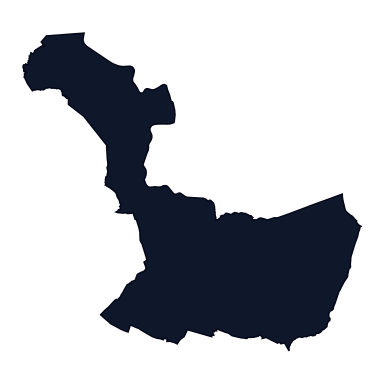 the district of Tingüindín, Michoacán, Mexico
{"feature_id": "50627088B1844549106246", "entity_name": "Tingüindín", "entity_type": "district", "adm_level": 2, "iso_a3": "MEX", "parent_name": "Mexico", "parent_adm1": "Michoacán", "projection": "orthographic", "projection_center": [-102.513, 19.806], "detail": "fine", "context": "isolated", "style": "filled", "palette": "ink", "viewbox_px": 384, "rotation_deg": 0, "n_neighbors": 0, "source": "geoboundaries", "source_scale": "gbopen_adm2", "svg_char_len": 5915}
<svg xmlns="http://www.w3.org/2000/svg" viewBox="0 0 384 384"><path d="M342.3,194.1L312.7,204.9L289.7,213.6L277.8,217.8L276.5,217.9L274.2,217.8L267.4,220.0L263.7,218.7L262.5,218.6L261.3,218.0L259.3,218.3L258.5,218.6L257.0,219.9L253.3,219.9L252.4,219.7L252.1,218.6L252.9,217.5L251.9,216.8L251.1,215.8L249.3,215.6L247.8,214.6L246.3,214.1L245.9,213.6L245.4,213.4L244.9,213.4L244.3,214.0L243.1,213.1L241.7,212.8L240.3,213.0L238.9,213.8L237.4,213.1L236.1,212.8L235.5,212.9L234.8,212.6L234.2,212.7L233.9,213.7L233.3,213.3L232.9,213.4L232.8,213.8L230.8,214.6L228.1,213.6L225.8,213.3L224.0,215.4L223.0,215.3L222.8,215.9L221.7,215.6L220.7,216.1L220.7,216.7L219.9,218.3L219.0,218.6L218.1,219.9L216.9,219.6L216.4,219.9L215.6,220.0L215.4,219.1L215.8,218.0L215.8,217.4L215.2,215.6L215.0,213.6L215.1,212.4L214.5,210.0L214.8,209.4L214.5,208.4L214.5,206.9L213.5,203.1L210.8,200.6L209.9,200.2L209.5,200.3L208.7,200.8L208.2,201.6L206.6,199.8L205.0,198.8L203.4,198.3L187.0,197.3L184.8,196.3L180.7,193.4L180.1,193.1L178.4,193.2L176.0,194.3L174.4,194.1L173.3,193.3L167.7,186.5L166.7,185.9L165.4,185.6L163.0,185.9L161.6,186.7L160.2,187.1L158.3,187.1L154.9,186.8L150.0,187.3L149.2,187.2L147.6,186.4L146.7,185.5L145.9,184.4L144.6,181.0L144.3,179.8L144.4,178.9L145.0,177.8L145.9,175.2L146.2,172.9L146.0,170.5L145.5,169.1L143.1,165.4L143.1,164.2L146.9,153.1L148.1,150.4L148.5,147.5L148.4,145.3L148.8,143.8L151.1,139.9L151.8,137.7L151.8,135.2L149.9,130.5L150.0,127.9L151.8,125.4L154.0,124.5L156.1,124.1L162.0,123.9L168.7,124.0L170.6,123.7L173.9,122.6L174.3,121.2L175.0,114.9L174.6,109.8L173.0,102.6L172.4,101.8L171.0,101.1L169.5,95.2L167.4,89.7L166.5,85.9L165.9,85.2L164.4,84.6L163.2,84.7L160.8,85.9L159.4,87.0L155.9,89.0L153.3,89.9L152.0,89.9L147.7,88.7L146.4,88.8L145.3,89.4L144.9,89.8L143.4,92.3L142.7,92.9L141.5,93.1L140.4,93.0L139.6,92.5L138.7,91.2L137.2,88.1L135.1,84.8L133.0,82.1L132.6,81.2L132.4,78.6L133.7,74.4L134.3,71.6L134.2,69.9L133.1,67.8L131.8,66.7L130.1,66.2L122.7,66.6L119.6,66.2L117.5,65.6L113.9,64.2L111.5,63.0L106.3,59.6L86.6,46.3L84.1,43.6L83.2,41.1L83.0,40.0L83.2,37.9L84.1,33.1L46.5,35.9L41.2,42.0L42.4,43.4L42.8,44.3L43.1,44.6L43.6,44.6L44.0,46.3L42.3,45.7L35.4,50.1L34.6,50.9L34.0,53.0L32.4,53.7L30.9,52.8L30.2,55.7L29.9,56.2L29.3,56.1L29.5,58.2L29.1,58.6L29.4,60.1L28.4,60.7L28.3,62.0L27.9,62.5L28.3,63.6L28.0,64.7L26.9,64.5L25.7,63.9L25.4,64.8L23.8,64.8L23.1,66.0L23.0,67.3L23.7,68.8L23.9,71.5L26.3,71.7L26.7,72.4L26.2,73.0L25.0,73.1L24.5,73.8L24.9,73.9L24.9,74.4L24.2,76.9L24.4,76.9L27.3,83.3L32.4,90.8L33.1,90.4L33.5,89.9L35.1,90.1L36.0,89.6L38.2,89.5L39.7,89.7L40.5,90.1L41.0,89.6L42.6,89.5L43.1,89.9L44.2,89.4L45.9,88.0L47.3,88.1L49.5,87.5L51.7,88.2L53.2,88.2L53.7,88.0L54.3,88.2L55.2,88.2L56.7,88.7L57.6,88.4L59.1,88.6L59.7,89.0L61.0,89.0L61.3,89.5L61.4,90.8L62.3,92.2L62.4,94.6L62.7,95.5L64.1,95.7L65.0,96.6L65.4,96.2L65.7,96.2L65.9,96.7L65.9,97.3L66.5,98.2L68.5,98.7L68.6,100.7L68.4,101.2L68.5,102.1L68.4,103.8L69.1,104.5L68.8,104.7L83.7,116.2L106.6,145.1L107.3,158.7L107.9,163.9L107.9,165.6L107.1,167.3L107.1,168.1L107.8,171.1L107.2,175.4L106.8,176.5L105.9,176.9L105.8,178.1L105.4,179.3L105.5,181.3L105.2,182.3L105.7,183.9L105.3,185.1L109.8,187.7L113.5,190.5L115.6,192.4L116.4,193.7L117.3,197.0L118.7,199.2L119.6,201.1L120.0,203.4L121.1,204.0L120.7,205.2L119.7,206.5L120.5,207.5L120.2,209.1L119.9,209.5L118.5,209.7L118.2,210.6L117.9,211.0L116.0,212.0L117.6,212.6L123.1,213.1L125.8,212.8L127.5,213.5L131.3,213.3L132.9,212.5L135.2,219.4L136.3,219.3L139.0,227.8L140.0,232.6L139.9,233.9L140.2,240.2L140.5,241.2L142.2,244.2L147.1,260.1L144.0,262.1L145.8,266.9L146.0,268.3L145.5,269.6L144.1,271.1L143.3,271.6L141.0,272.4L137.6,274.2L137.1,275.0L135.2,280.3L131.7,281.6L131.3,281.8L131.2,282.6L130.9,283.0L130.1,282.9L129.1,283.7L128.7,284.3L127.8,284.4L127.2,284.7L125.0,288.4L122.2,293.7L121.2,294.8L121.0,295.4L121.3,295.6L121.0,295.8L120.8,296.5L120.1,297.3L119.5,297.5L119.5,298.1L117.7,299.6L116.5,299.4L114.8,300.4L108.7,307.0L104.6,310.6L100.6,314.8L110.9,323.8L121.2,329.3L125.0,331.0L125.5,331.1L128.1,332.0L130.3,324.9L136.2,327.5L139.1,328.5L140.3,329.6L152.3,336.6L156.9,338.2L158.6,338.5L158.9,338.5L159.0,338.3L163.3,339.7L164.4,338.1L167.2,339.2L166.9,341.4L170.0,341.3L174.6,342.6L177.2,343.9L179.1,340.9L180.5,339.2L184.1,336.6L187.4,329.7L211.4,336.6L211.3,336.3L211.8,336.0L211.7,335.3L212.0,334.7L212.4,334.6L212.9,335.2L213.8,335.2L213.6,334.3L212.9,333.6L212.8,332.5L213.4,331.7L213.3,331.3L213.9,331.2L214.4,331.6L215.2,330.7L216.6,330.8L216.6,330.2L216.2,329.7L217.4,328.9L220.4,330.5L221.6,330.7L224.1,331.8L226.8,332.7L228.1,332.9L232.1,335.7L241.6,337.9L244.1,338.0L246.5,338.5L247.4,338.1L247.8,337.4L250.6,337.4L254.7,337.1L255.3,336.7L256.2,336.7L256.6,336.3L257.3,336.4L257.9,336.1L258.5,336.1L259.5,335.0L259.9,334.9L262.5,337.1L262.2,337.4L262.2,338.5L263.0,338.1L263.5,338.2L265.2,337.6L266.4,337.6L277.5,343.1L278.7,342.5L279.8,342.5L280.9,343.8L284.5,342.9L289.1,350.9L289.0,347.7L289.2,346.6L290.3,344.7L290.3,343.8L290.5,343.3L291.1,343.0L291.7,342.1L292.4,340.6L294.9,339.2L296.5,337.8L297.5,337.6L298.3,337.1L299.7,336.9L302.4,337.4L304.0,336.5L306.5,336.7L308.1,335.9L309.3,335.8L310.5,335.1L312.7,335.7L313.5,335.7L315.1,335.2L315.6,334.7L315.9,333.4L316.6,333.2L318.3,333.4L319.8,332.6L320.8,331.9L321.5,331.2L322.1,329.8L322.8,329.8L323.9,329.3L326.9,326.6L327.1,324.7L327.5,323.0L328.3,321.7L329.8,320.4L330.0,319.7L329.9,318.3L328.6,317.0L329.0,312.9L330.1,311.1L332.0,310.2L333.1,309.1L333.7,306.2L335.0,303.2L338.9,291.6L340.2,289.5L342.0,285.7L344.3,281.5L347.5,276.8L347.7,274.4L348.9,268.9L349.8,268.2L350.5,266.9L350.3,264.4L350.9,256.8L354.7,244.3L357.6,236.4L358.5,232.0L359.6,229.4L359.9,227.2L361.0,226.3L359.1,225.3L357.1,223.2L356.2,221.8L356.7,221.0L353.9,218.3L353.6,217.5L352.6,216.8L351.8,215.9L350.9,215.5L349.1,214.2L346.7,212.0L345.5,210.7L344.8,208.5L342.8,199.9L342.4,197.4L342.3,194.1Z" fill="#0f172a" stroke="#020617" stroke-width="1.5"/></svg>